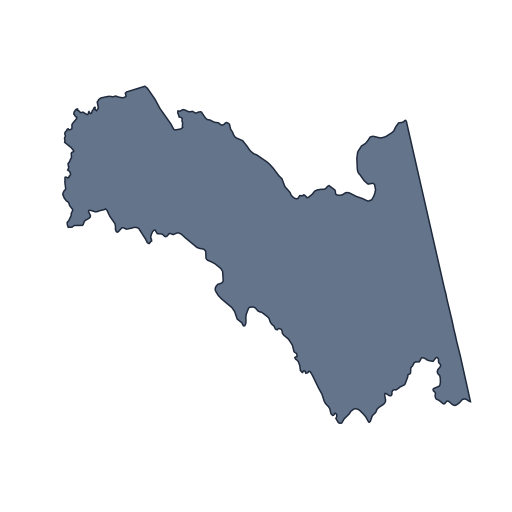 the district of Sakania, Katanga, Democratic Republic of the Congo, rotated 347°
{"feature_id": "63176286B52056185132037", "entity_name": "Sakania", "entity_type": "district", "adm_level": 2, "iso_a3": "COD", "parent_name": "Democratic Republic of the Congo", "parent_adm1": "Katanga", "projection": "equal_earth", "projection_center": [28.713, -12.599], "detail": "fine", "context": "isolated", "style": "filled", "palette": "slate", "viewbox_px": 512, "rotation_deg": 347, "n_neighbors": 0, "source": "geoboundaries", "source_scale": "gbopen_adm2", "svg_char_len": 6041}
<svg xmlns="http://www.w3.org/2000/svg" viewBox="0 0 512 512"><g transform="rotate(347 256 256)"><path d="M79.5,185.8L83.1,186.5L85.9,185.4L93.6,187.1L94.7,186.5L96.4,183.8L97.8,182.9L102.0,181.6L103.3,180.7L103.8,179.3L102.8,174.9L103.5,174.0L104.9,174.2L109.1,176.7L111.4,177.1L113.7,176.7L118.5,176.7L120.0,176.2L121.1,178.0L122.5,184.5L125.8,192.7L125.8,195.4L125.0,198.5L125.3,200.7L126.1,201.6L127.3,201.4L131.7,198.3L133.2,198.7L135.7,200.7L141.2,200.9L144.0,200.7L146.1,201.4L147.9,202.7L152.1,214.5L153.1,218.5L154.1,219.6L154.9,219.8L156.6,218.3L157.7,218.0L157.9,215.8L157.4,214.9L157.9,213.4L158.9,211.4L160.8,208.9L162.3,208.0L163.5,208.0L164.8,212.0L168.8,213.2L169.9,214.0L171.4,216.3L172.4,216.9L173.6,216.7L176.4,214.7L177.4,214.7L180.0,216.5L184.1,215.8L185.6,216.0L187.6,217.4L189.4,219.6L190.8,221.8L200.3,234.3L202.5,235.8L206.6,237.6L207.8,239.4L208.0,240.7L206.8,246.7L207.1,248.1L208.1,249.4L211.8,252.1L214.6,254.7L218.9,260.3L220.0,263.4L218.5,272.7L217.7,273.8L216.2,274.7L212.4,275.0L210.3,276.5L209.0,278.3L208.6,280.1L209.1,282.3L210.4,286.1L212.9,290.3L221.0,301.0L222.7,305.4L223.5,313.2L227.3,318.1L227.6,320.1L228.3,321.4L229.4,321.4L230.8,319.6L231.4,317.8L232.7,312.1L233.6,310.3L237.0,305.2L238.4,304.5L241.5,305.0L242.5,305.4L243.8,306.7L245.6,310.1L247.3,311.4L248.9,312.1L253.6,317.8L254.7,319.8L255.0,323.4L255.9,325.8L257.8,328.5L258.5,331.6L260.0,332.7L261.5,331.8L262.8,332.1L264.1,333.2L264.6,334.9L264.3,337.2L265.1,339.2L268.9,344.3L270.2,347.6L271.4,351.2L271.5,357.8L273.4,360.0L273.7,361.2L273.4,363.2L271.4,363.4L270.9,363.8L271.4,365.4L272.7,366.9L273.5,368.7L274.0,372.7L273.5,377.4L274.5,379.4L275.2,380.0L276.2,378.7L277.3,378.7L278.0,379.6L278.1,381.4L280.0,381.4L281.8,380.3L282.9,381.1L284.1,384.9L287.2,398.5L289.2,405.6L289.8,412.7L290.5,415.3L292.8,419.3L293.5,421.3L293.6,426.6L294.8,428.6L295.8,428.6L297.6,426.9L298.6,427.8L298.9,429.1L298.6,430.6L297.3,432.2L298.6,436.4L299.4,437.5L300.7,438.0L302.0,438.0L305.2,434.6L310.6,431.3L312.3,430.0L313.1,428.9L316.9,427.1L318.9,427.3L320.7,428.2L322.3,429.8L325.1,434.2L326.8,437.5L328.4,443.1L328.9,443.5L330.2,442.8L333.5,437.7L337.3,435.5L339.6,432.4L341.8,431.1L346.7,429.3L348.1,428.4L349.4,426.9L349.9,425.3L350.0,420.7L350.9,418.9L352.0,419.5L354.2,421.8L355.3,422.4L356.3,422.4L357.3,421.5L357.8,419.1L359.0,417.8L360.3,417.3L362.3,418.0L365.7,416.7L366.2,416.2L371.7,414.9L372.5,414.2L376.6,408.0L377.3,406.0L379.8,405.3L380.4,404.2L381.7,399.8L383.9,398.2L385.9,395.8L387.4,395.1L391.2,395.8L392.3,394.9L393.8,392.9L394.6,392.5L395.9,392.7L398.3,394.5L399.1,395.6L401.1,396.9L404.8,398.5L408.5,395.6L409.3,395.4L410.1,396.2L410.6,397.6L410.0,400.2L410.3,401.6L411.1,402.7L411.3,404.0L411.1,404.7L410.1,405.8L407.6,407.6L406.6,409.3L406.6,411.3L408.1,414.0L408.1,416.2L407.3,420.4L406.3,422.9L405.3,424.0L399.2,425.1L398.5,425.8L398.5,427.3L399.7,428.9L400.0,430.0L399.0,432.6L399.0,434.4L399.5,436.0L401.7,437.7L405.3,442.2L406.6,442.4L408.9,440.6L409.9,440.4L410.9,440.8L414.3,445.3L416.2,446.4L417.8,446.2L420.6,445.1L424.9,442.2L426.9,442.2L428.2,442.6L431.3,445.7L432.2,446.2L432.6,399.6L432.3,384.0L432.4,377.8L432.3,372.5L432.5,363.4L432.3,340.9L432.5,335.6L432.3,330.7L432.8,158.7L432.3,157.5L431.4,157.5L430.1,158.4L428.5,158.7L424.8,158.4L421.0,161.8L418.4,165.1L416.2,166.4L409.1,168.9L405.6,169.1L403.5,168.9L397.4,165.8L396.1,165.6L393.9,165.8L391.3,168.4L388.1,170.9L383.6,172.5L379.0,176.9L378.2,178.2L376.2,183.6L374.2,194.5L374.2,196.9L374.7,198.7L375.7,200.5L378.3,206.9L380.8,210.5L381.5,211.2L386.1,211.4L387.1,212.3L387.6,213.4L387.4,218.3L385.9,221.6L384.1,224.3L381.3,227.4L379.6,227.4L378.6,227.8L377.3,227.6L372.4,223.8L367.1,220.5L361.3,215.6L359.3,214.7L357.5,214.5L353.9,215.8L350.7,215.6L348.7,214.7L347.7,213.8L347.6,212.5L347.9,210.9L347.7,209.4L343.0,203.8L341.3,204.3L339.0,206.0L337.3,206.3L334.0,205.6L330.4,205.4L327.8,206.0L324.6,208.5L320.2,210.7L318.7,210.5L317.7,208.5L316.5,207.2L315.9,207.2L315.0,207.8L312.2,207.0L309.7,209.4L308.6,209.4L306.6,208.5L304.8,206.3L303.8,204.0L303.5,202.0L302.8,200.5L299.7,194.7L298.7,186.7L296.2,182.7L292.6,174.5L290.1,170.0L288.1,167.1L284.1,162.7L279.3,157.5L277.0,156.0L275.0,153.5L273.6,151.3L272.1,147.3L269.0,140.7L263.5,136.6L262.2,135.1L261.5,133.1L261.0,130.0L259.8,126.6L259.8,121.7L259.0,120.6L257.4,119.3L256.0,119.5L254.4,120.6L252.7,120.8L251.6,120.6L249.4,117.8L245.3,116.2L242.0,113.3L239.3,112.1L238.2,110.8L237.5,109.5L235.2,103.5L234.5,103.0L232.5,102.8L230.1,103.2L228.9,103.0L226.8,100.8L223.8,100.6L222.3,99.9L219.8,97.9L217.8,96.9L214.3,97.8L213.1,97.2L212.4,97.2L211.9,99.0L212.4,101.7L212.3,103.2L214.6,104.5L215.0,105.4L214.2,107.8L214.5,109.3L214.2,110.6L213.4,113.1L213.6,114.2L211.2,115.3L205.6,115.0L204.3,114.0L202.9,108.5L195.6,90.7L192.9,80.7L187.9,68.1L185.9,65.6L166.9,67.0L165.3,67.9L165.3,71.1L163.9,71.8L161.4,71.8L157.6,70.1L155.4,68.6L152.1,68.7L149.8,67.6L147.2,67.2L140.5,67.1L137.8,68.2L137.4,69.0L135.9,70.3L135.7,76.3L133.3,78.6L132.4,77.5L132.2,76.4L132.7,75.3L132.5,74.8L131.7,75.0L130.2,77.0L129.3,77.4L127.9,79.8L126.8,79.9L126.4,79.5L125.8,77.7L125.2,78.1L124.8,79.4L123.8,80.2L123.0,80.1L119.8,76.9L117.8,77.0L117.2,76.6L115.8,74.4L114.8,73.9L115.2,73.4L115.2,72.6L113.9,72.5L111.5,74.4L110.7,75.7L110.4,76.9L110.9,77.5L111.5,79.6L112.4,80.2L112.5,81.0L112.1,81.8L107.2,85.5L106.2,86.6L105.4,90.1L105.0,90.7L102.8,91.2L102.1,90.9L101.7,89.9L100.8,89.9L100.3,90.2L99.8,91.5L98.6,91.8L97.6,92.8L97.1,94.3L97.3,95.1L97.3,96.2L95.9,98.2L95.7,101.1L95.1,102.2L100.2,108.7L102.0,112.4L101.8,113.2L99.7,113.7L99.1,114.4L98.3,118.8L96.9,120.1L95.6,122.1L93.7,123.6L93.4,125.6L93.5,127.0L93.3,128.1L91.8,129.9L92.7,130.7L93.5,132.1L93.8,134.4L92.9,135.9L91.8,136.2L91.1,137.6L90.0,137.4L88.6,136.3L87.6,136.4L86.3,141.6L85.7,147.6L85.4,148.2L83.4,149.6L81.8,151.8L81.6,152.8L82.2,156.5L83.6,159.6L85.0,161.0L85.7,162.8L85.6,164.4L86.2,166.1L87.8,169.4L87.5,170.5L85.5,173.1L85.1,174.9L81.3,179.7L80.0,180.4L79.4,181.2L79.2,183.4L79.5,185.8Z" fill="#64748b" stroke="#1e293b" stroke-width="1.5"/></g></svg>